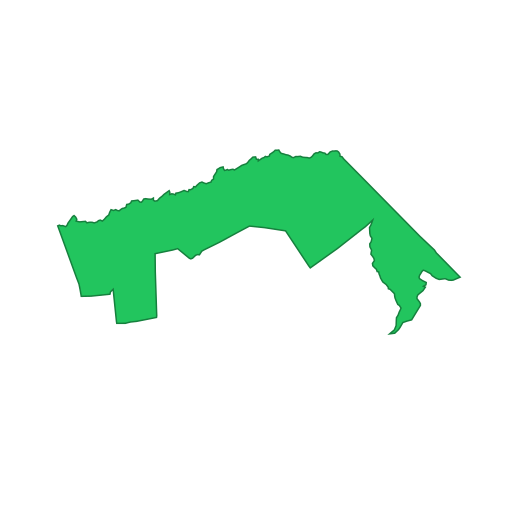 the district of Itaipava do Grajaú, Maranhão, Brazil, rotated 33°
{"feature_id": "56859067B17449288962425", "entity_name": "Itaipava do Grajaú", "entity_type": "district", "adm_level": 2, "iso_a3": "BRA", "parent_name": "Brazil", "parent_adm1": "Maranhão", "projection": "robinson", "projection_center": [-45.67, -5.218], "detail": "fine", "context": "isolated", "style": "filled", "palette": "green", "viewbox_px": 512, "rotation_deg": 33, "n_neighbors": 0, "source": "geoboundaries", "source_scale": "gbopen_adm2", "svg_char_len": 3822}
<svg xmlns="http://www.w3.org/2000/svg" viewBox="0 0 512 512"><g transform="rotate(33 256 256)"><path d="M108.8,307.9L108.1,310.4L105.8,310.7L104.6,312.2L104.2,313.9L102.3,316.4L100.4,316.9L99.0,317.7L97.6,318.7L96.1,320.3L94.1,319.8L91.2,322.1L89.6,323.4L87.8,324.1L86.2,324.7L85.7,322.8L83.6,321.6L81.4,321.2L80.7,322.8L80.6,326.9L80.4,330.6L80.8,333.3L80.4,335.0L77.3,335.8L75.8,337.0L74.3,337.2L73.3,338.7L117.0,371.7L122.8,375.9L126.8,380.0L129.4,382.8L131.4,385.0L139.5,379.5L152.2,369.3L154.3,367.6L153.5,365.3L154.3,361.7L174.7,387.0L175.9,388.3L183.1,383.6L185.0,381.5L186.7,379.7L189.4,377.5L191.4,375.9L206.0,361.7L205.3,360.2L202.7,356.5L180.0,323.9L176.9,319.2L170.1,309.0L182.9,296.3L186.3,292.5L201.4,294.2L202.9,293.9L204.0,292.4L205.0,288.3L206.0,286.8L207.9,285.8L207.9,281.5L209.0,279.3L215.0,269.2L217.8,264.5L226.9,247.7L234.2,234.5L235.9,233.6L247.8,227.5L267.1,218.8L305.5,235.5L308.0,236.4L320.2,205.4L330.2,176.1L331.7,172.1L334.3,162.3L334.7,163.8L335.5,167.4L335.7,170.3L339.2,175.1L340.9,176.8L343.6,178.0L344.8,181.2L344.8,183.9L346.6,186.3L348.2,187.2L349.8,188.2L350.7,190.4L351.4,191.9L354.0,192.8L356.2,193.8L357.8,195.4L357.7,198.8L359.3,200.6L361.9,201.2L364.3,201.6L366.1,203.1L367.5,202.5L369.0,204.0L371.0,205.4L372.4,206.6L374.5,207.7L376.5,208.7L378.9,208.9L380.7,209.0L382.3,209.6L383.8,210.1L384.9,211.4L386.6,210.9L392.6,212.2L394.4,214.4L395.5,215.5L397.7,217.1L401.3,219.4L403.2,219.4L406.0,220.7L406.4,222.9L406.6,224.8L407.4,228.4L407.4,231.2L408.7,233.5L411.4,238.0L412.3,242.6L411.3,245.7L410.5,248.5L414.4,245.2L415.6,240.2L415.7,237.6L415.4,231.8L418.3,228.1L421.3,224.8L420.8,207.9L419.8,206.4L418.3,205.6L416.8,205.0L414.2,204.1L413.3,202.6L412.9,200.5L414.9,194.1L415.0,189.9L412.9,190.2L414.2,187.6L413.2,185.5L408.7,186.0L405.4,185.9L404.2,184.9L403.7,182.8L403.7,180.5L403.6,178.6L404.0,176.8L405.9,176.3L409.2,176.0L412.0,175.7L414.5,176.6L419.2,176.6L422.4,175.9L427.0,172.0L430.7,171.3L433.2,169.9L434.6,168.7L438.7,162.6L407.4,155.6L405.7,155.3L402.4,153.8L382.6,150.2L330.2,138.6L322.9,137.0L308.5,133.8L276.9,126.9L274.0,125.9L272.2,126.6L270.8,124.8L268.6,123.8L266.9,123.7L265.6,124.4L264.3,125.5L263.0,126.3L261.5,128.4L261.0,131.7L259.3,132.7L257.8,132.2L256.0,133.0L254.0,133.4L252.6,133.9L251.7,135.9L250.1,136.8L249.1,138.6L248.9,141.3L248.6,142.9L247.4,144.9L245.4,145.5L243.5,146.6L241.4,147.7L238.9,148.2L236.7,150.0L235.1,151.0L233.9,153.1L232.2,153.7L230.5,153.5L227.9,153.9L225.9,154.8L223.8,155.3L221.2,156.2L218.8,155.5L217.4,154.7L216.1,155.8L214.5,156.8L214.1,158.8L213.2,161.0L212.2,163.3L212.8,164.8L211.2,166.9L209.6,167.4L209.1,169.1L207.9,170.6L207.2,172.3L206.1,175.0L205.2,173.7L203.7,174.7L201.7,173.1L199.5,174.8L198.9,177.5L198.3,179.4L198.1,182.5L197.4,184.3L196.0,186.0L194.6,187.9L194.0,189.4L192.9,191.8L191.8,194.1L191.1,195.6L189.4,195.8L187.6,197.5L186.4,199.0L184.9,199.0L184.1,200.3L183.0,201.4L181.1,200.4L179.9,199.2L177.8,201.4L177.2,202.8L176.2,204.7L177.1,206.8L177.1,209.7L177.1,212.4L178.5,214.7L177.6,216.7L178.0,218.5L176.3,220.5L174.9,222.5L172.2,223.2L170.4,223.4L168.9,225.4L168.4,227.2L167.9,229.1L167.7,230.9L166.0,231.7L166.3,233.7L165.0,236.1L163.7,236.8L164.2,238.8L163.0,239.6L160.0,240.2L158.5,242.5L157.6,243.8L156.4,245.3L154.6,246.9L155.1,248.6L153.4,248.9L151.5,249.7L150.1,251.5L149.0,249.5L147.6,248.5L146.4,251.5L145.2,254.6L144.8,256.7L143.7,259.8L143.4,261.6L143.2,263.3L141.3,265.1L139.6,265.1L138.4,263.3L137.3,265.4L134.7,266.9L132.1,268.1L130.8,269.4L130.9,271.5L130.6,273.4L129.2,274.0L126.5,273.5L124.8,275.0L123.4,276.2L121.7,277.6L122.0,279.6L121.0,281.8L119.5,283.2L120.4,286.0L119.2,287.8L118.0,288.9L117.2,290.8L116.6,292.7L114.8,293.4L113.1,293.5L111.8,295.4L109.2,296.1L109.5,299.1L110.2,301.8L109.2,304.6L108.8,307.9Z" fill="#22c55e" stroke="#15803d" stroke-width="1.5"/></g></svg>